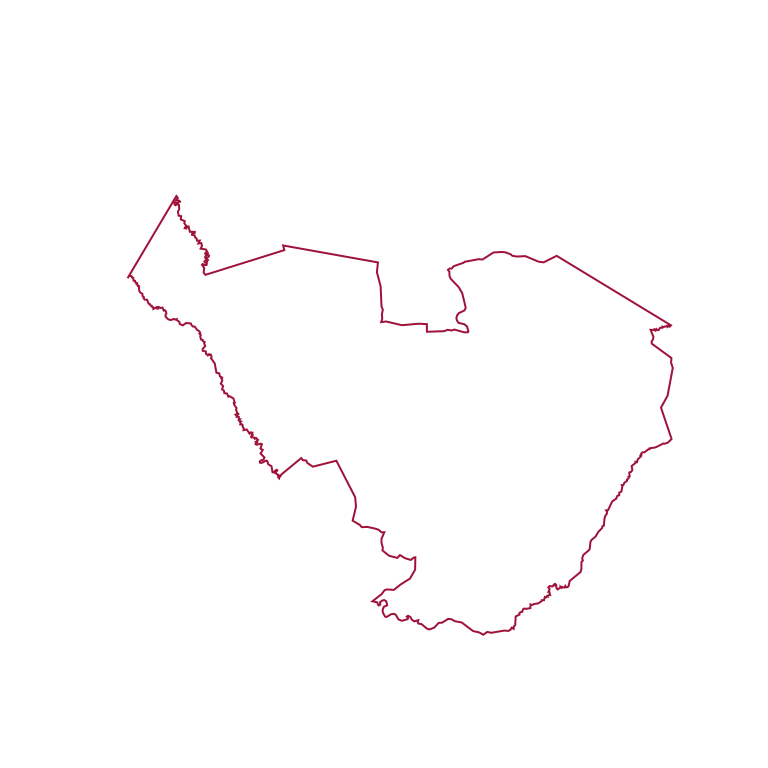 Zambezi, North-Western, Zambia, rotated 31°
{"feature_id": "96606910B76619304368438", "entity_name": "Zambezi", "entity_type": "district", "adm_level": 2, "iso_a3": "ZMB", "parent_name": "Zambia", "parent_adm1": "North-Western", "projection": "mercator", "projection_center": [22.726, -13.599], "detail": "fine", "context": "isolated", "style": "outline", "palette": "rose", "viewbox_px": 768, "rotation_deg": 31, "n_neighbors": 0, "source": "geoboundaries", "source_scale": "gbopen_adm2", "svg_char_len": 6153}
<svg xmlns="http://www.w3.org/2000/svg" viewBox="0 0 768 768"><g transform="rotate(31 384 384)"><path d="M109.2,329.8L109.7,425.4L109.8,422.7L112.0,421.5L113.2,422.5L114.3,422.1L116.1,424.4L117.4,423.8L118.5,424.9L120.3,424.7L120.3,425.7L121.4,425.7L122.4,426.8L123.3,426.2L126.3,430.3L128.6,431.3L130.4,431.1L131.8,433.0L133.5,433.2L133.7,434.3L135.5,434.9L137.5,433.8L140.8,436.4L141.7,436.0L143.3,436.9L144.5,436.5L144.9,437.3L146.7,437.1L147.7,438.5L149.5,435.3L150.8,436.2L151.4,435.7L150.4,435.1L151.0,434.0L153.2,434.0L154.7,432.6L157.4,434.5L158.0,433.6L159.7,434.1L161.1,435.6L161.1,437.3L162.3,438.9L165.8,439.7L168.4,439.0L170.1,436.6L171.3,436.6L172.9,435.1L173.4,435.9L176.5,436.1L178.0,437.8L181.4,437.3L182.9,433.7L187.3,431.6L189.0,432.8L190.8,433.1L192.2,432.3L195.8,433.8L198.7,434.0L200.2,434.9L199.9,436.0L201.8,436.5L202.0,437.9L204.2,440.1L205.8,439.6L206.5,440.5L208.7,440.4L209.0,441.9L211.2,443.5L210.5,447.5L211.5,448.9L214.6,447.9L216.0,449.9L217.7,449.9L218.3,449.1L218.5,449.9L220.4,448.0L222.0,449.2L222.4,451.0L228.3,453.5L234.6,460.7L237.3,459.7L239.4,462.0L241.8,461.8L241.7,463.0L242.9,463.3L243.7,464.7L243.9,467.7L247.2,468.7L247.9,472.0L250.3,472.2L251.9,474.1L254.3,473.0L257.1,475.0L257.7,474.0L262.3,473.9L265.8,476.9L265.0,477.6L266.0,478.8L270.0,480.6L270.5,482.3L273.2,484.5L274.6,484.7L274.4,485.7L273.3,485.4L272.5,486.7L274.5,487.1L274.6,488.0L276.5,487.0L277.7,489.0L278.6,488.5L278.3,489.8L280.5,489.8L279.9,490.7L281.7,491.6L281.7,492.6L283.6,491.7L285.3,493.8L286.6,494.2L287.4,495.9L289.7,493.7L294.4,495.8L294.6,494.1L296.3,493.5L296.7,495.1L297.7,495.3L297.1,497.4L297.8,498.1L300.0,496.8L301.5,497.5L302.0,496.1L304.7,496.8L304.3,497.8L305.2,498.8L304.0,499.6L305.6,500.5L304.6,501.3L305.0,501.8L306.4,501.4L309.2,498.6L310.4,498.5L311.3,503.0L314.0,502.9L314.0,507.2L319.3,508.5L319.7,510.8L317.5,513.5L317.6,514.8L318.5,515.3L319.8,514.6L322.4,510.5L323.6,510.1L326.1,512.4L329.9,512.4L333.9,517.1L334.6,516.9L335.9,513.0L337.0,512.9L336.7,516.3L339.8,516.4L341.5,518.6L342.6,518.8L341.3,516.4L342.8,516.4L342.6,514.5L351.2,490.1L353.7,491.1L356.7,489.6L359.1,491.2L365.6,491.5L382.7,474.3L417.6,495.9L423.2,503.6L427.5,517.3L436.2,517.3L438.6,518.2L443.5,515.0L450.6,512.6L454.4,511.7L458.2,512.4L460.6,510.9L461.6,518.0L463.7,521.5L467.4,525.0L468.4,527.5L476.8,528.6L485.0,526.2L485.8,522.4L491.8,522.5L497.6,521.0L498.8,517.7L500.1,516.4L506.3,527.1L506.5,537.4L501.5,547.3L498.5,555.4L492.6,558.4L490.7,560.3L490.2,565.2L486.0,576.2L490.8,574.6L492.4,576.2L493.7,576.5L494.4,575.1L493.0,573.0L493.9,570.6L495.5,569.1L497.9,569.1L500.7,572.1L498.6,575.1L499.0,578.0L500.7,580.5L504.7,582.8L506.2,582.4L508.7,577.6L511.0,575.8L513.0,575.8L517.6,578.3L521.3,577.8L525.4,573.3L525.1,572.2L523.3,571.6L524.0,570.3L526.6,570.1L529.3,571.7L532.1,571.9L535.0,568.8L535.7,570.9L536.8,571.6L539.9,570.5L547.0,571.6L549.4,570.9L552.5,567.0L553.9,560.6L556.7,558.7L559.9,552.4L563.0,550.9L566.9,550.8L573.5,548.4L587.6,549.9L593.5,547.9L598.2,547.8L600.2,543.3L604.1,542.0L614.1,533.4L617.9,531.5L619.0,529.4L618.9,527.2L621.2,527.1L620.1,525.1L620.6,523.0L616.6,515.4L618.9,511.9L618.0,510.8L618.8,508.8L619.8,508.2L619.2,505.5L620.0,504.1L621.6,503.6L624.9,500.7L623.1,497.5L625.1,496.9L625.7,495.5L629.2,492.6L631.1,488.5L630.7,488.0L632.5,486.9L631.6,483.8L632.7,483.7L632.9,482.2L633.6,482.0L633.0,481.6L634.5,479.7L634.1,478.9L634.7,478.9L632.5,476.7L632.0,477.2L631.6,474.4L629.6,473.7L630.0,471.9L632.8,470.7L632.8,469.3L634.4,468.7L633.2,467.8L633.6,467.2L635.0,467.5L637.3,470.4L638.7,470.6L640.0,467.8L639.5,466.8L641.3,467.2L641.3,466.2L643.8,465.4L643.5,463.8L644.4,464.3L645.9,463.7L646.3,462.1L644.6,457.2L649.3,443.9L648.5,441.0L644.9,434.8L645.4,432.9L643.6,431.3L642.9,427.7L645.2,421.1L645.2,419.2L642.3,413.1L642.2,410.7L643.9,406.0L643.9,400.2L645.1,395.3L644.5,393.3L645.4,392.2L642.4,386.0L641.6,382.9L641.8,380.3L641.0,378.6L639.5,377.9L641.0,376.7L640.1,367.1L642.1,362.7L641.6,359.7L642.9,358.2L641.6,356.0L642.9,353.9L641.1,349.1L639.9,348.2L641.2,347.2L640.9,344.9L642.2,341.8L641.5,340.9L642.2,338.7L641.3,337.6L642.2,336.7L639.8,333.5L641.1,332.0L641.2,329.8L638.5,326.8L640.3,322.0L639.6,321.2L641.1,320.6L640.3,318.0L641.5,313.8L640.7,313.4L641.2,312.2L640.3,311.8L640.7,309.5L642.4,308.4L644.3,303.7L645.2,303.1L644.8,302.3L649.4,298.5L654.2,291.0L655.3,290.7L657.5,288.1L658.8,283.0L633.6,261.6L633.1,248.0L623.2,221.4L619.2,218.0L617.0,213.7L592.8,211.5L591.6,210.1L591.5,206.8L590.5,204.6L584.6,200.3L586.8,199.2L587.6,197.7L588.7,198.3L589.1,197.1L589.6,197.7L589.8,196.8L591.6,196.4L591.8,193.5L593.6,192.4L593.1,191.4L594.2,191.3L597.2,187.9L597.7,188.8L598.5,187.3L599.4,187.6L599.8,185.9L466.0,185.2L458.2,197.5L453.7,199.5L439.3,201.6L432.1,206.4L427.9,208.0L426.0,207.6L420.2,208.6L416.6,210.4L410.1,214.9L404.3,226.6L400.8,228.3L390.2,237.7L389.7,239.2L383.1,247.1L382.6,250.1L380.8,251.2L380.0,253.2L382.2,254.1L384.4,257.5L386.8,259.4L398.1,262.5L404.2,265.8L413.9,275.6L415.0,277.2L415.0,279.7L411.7,284.6L411.3,287.5L412.1,290.2L413.6,291.8L416.3,293.2L422.1,291.4L425.5,291.9L429.3,295.5L429.2,296.5L426.4,298.3L416.3,301.1L414.4,303.3L410.6,304.8L408.3,307.8L393.9,317.1L389.9,310.6L382.8,314.4L369.0,324.4L353.7,329.3L349.7,332.4L348.9,329.0L346.4,325.5L344.7,320.9L342.0,318.9L330.8,302.0L320.3,291.8L316.2,282.9L226.2,317.2L229.6,320.6L174.7,382.4L172.0,381.4L170.1,377.1L166.6,375.6L166.8,374.5L168.9,374.5L170.6,373.3L169.9,371.6L168.0,372.1L167.0,371.6L167.2,370.6L169.2,369.7L169.3,368.4L166.4,368.4L165.3,367.4L165.3,366.1L166.2,367.0L167.4,366.9L168.2,365.0L167.8,363.9L164.8,364.8L163.6,364.4L163.5,363.3L165.1,363.3L165.6,362.5L162.2,360.4L157.1,362.4L156.9,359.4L154.8,357.3L152.5,359.2L152.2,356.0L150.0,357.5L148.3,355.7L146.7,355.7L145.3,354.2L142.4,355.0L142.1,353.8L144.0,352.0L143.4,351.0L139.2,353.5L135.2,349.6L134.4,350.4L134.4,352.6L132.9,353.0L132.9,350.2L130.1,349.1L129.3,347.0L125.0,347.6L123.7,344.6L121.3,345.5L118.6,342.5L118.4,339.5L116.0,336.1L114.4,336.1L113.2,338.2L111.9,338.0L110.8,336.3L113.5,335.4L115.2,332.7L114.0,332.3L111.3,333.7L111.4,330.7L109.2,329.8Z" fill="none" stroke="#9f1239" stroke-width="2"/></g></svg>